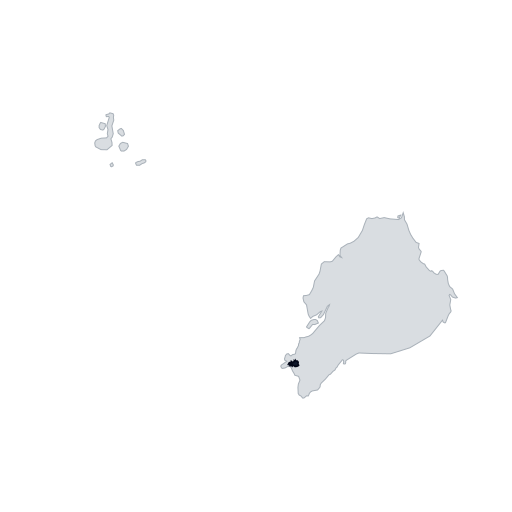 Celica, Loja, Ecuador shown in context, rotated 27°
{"feature_id": "8360857B35359374832073", "entity_name": "Celica", "entity_type": "district", "adm_level": 2, "iso_a3": "ECU", "parent_name": "Ecuador", "parent_adm1": "Loja", "projection": "equal_earth", "projection_center": [-80.041, -4.165], "detail": "fine", "context": "in_parent", "style": "filled", "palette": "ink", "viewbox_px": 512, "rotation_deg": 27, "n_neighbors": 0, "source": "geoboundaries", "source_scale": "gbopen_adm2", "svg_char_len": 5979}
<svg xmlns="http://www.w3.org/2000/svg" viewBox="0 0 512 512"><g transform="rotate(27 256 256)"><path d="M454.3,201.7L452.9,202.9L449.7,203.4L447.0,202.3L446.0,202.3L445.9,203.4L449.3,206.4L450.9,211.6L453.3,214.8L454.8,216.4L454.9,217.5L454.4,219.6L454.3,221.4L455.1,229.4L454.6,229.9L452.8,229.9L451.3,228.5L447.3,248.3L434.7,268.0L420.4,282.0L403.9,290.1L391.7,295.7L389.8,297.9L383.9,307.8L383.6,308.8L384.4,310.5L384.5,311.5L383.6,312.2L382.8,312.3L382.5,311.8L382.3,310.6L381.4,309.4L380.5,309.0L380.0,309.3L379.9,310.4L378.7,315.8L378.6,318.4L378.1,319.4L378.1,321.7L376.9,323.9L376.0,327.5L375.0,328.6L373.7,334.2L371.8,339.7L371.7,341.6L372.3,342.9L372.5,344.0L371.7,347.4L367.4,350.7L366.3,352.4L365.9,354.2L366.1,355.8L366.0,357.1L364.6,357.5L363.2,360.7L362.2,361.4L359.5,360.3L357.6,360.3L356.0,359.3L353.0,354.0L351.9,350.9L351.5,346.6L348.6,343.9L344.7,344.6L343.6,343.6L340.7,341.8L338.3,339.7L336.4,338.7L335.0,339.2L332.7,342.6L330.5,344.2L329.5,344.1L328.2,343.1L328.0,341.9L331.3,335.8L328.8,335.7L328.0,334.4L327.8,332.9L327.4,331.3L327.9,329.3L329.2,328.3L331.1,329.1L332.5,329.2L333.3,327.3L335.1,325.9L335.5,325.0L334.5,322.1L334.3,320.5L334.5,319.6L334.5,316.4L333.9,315.2L333.9,313.4L333.4,312.4L333.2,310.2L331.9,309.0L335.9,306.9L337.4,305.3L339.2,303.8L340.7,301.5L341.7,299.3L344.1,289.1L346.4,282.6L346.0,279.5L344.1,275.3L343.7,269.1L343.9,267.3L343.6,265.9L342.4,268.4L342.7,277.5L341.6,281.6L340.1,282.6L339.1,281.9L339.7,275.2L338.5,276.4L336.7,280.9L333.8,284.3L333.6,285.4L332.9,286.8L330.6,285.5L328.9,284.1L323.2,276.6L319.5,275.1L317.2,272.4L316.7,271.3L316.4,269.8L318.8,268.3L321.1,266.2L321.4,261.5L321.3,257.9L319.5,251.6L320.4,243.5L319.9,240.3L317.9,233.5L319.4,230.1L324.7,227.6L326.4,226.0L327.6,220.6L328.8,217.4L331.1,218.7L333.0,218.5L330.5,217.3L328.4,212.5L328.1,210.3L332.0,203.7L334.1,201.9L336.6,198.4L338.7,193.1L339.2,184.8L338.3,178.9L337.7,172.6L338.9,170.9L342.2,170.1L344.8,168.1L346.1,166.2L349.2,166.5L352.8,163.6L358.5,162.1L366.5,158.8L368.3,155.8L367.5,150.6L370.5,153.8L371.8,156.3L376.0,159.0L380.8,164.0L384.0,166.6L387.5,168.8L392.5,171.2L395.6,170.8L396.9,174.6L398.1,175.7L401.0,176.9L401.3,177.4L402.4,184.3L403.0,185.3L405.5,186.4L408.6,186.9L409.9,186.6L412.6,188.5L416.8,190.1L418.3,190.3L419.0,190.0L419.2,189.3L420.5,189.5L422.3,190.3L424.9,190.5L426.6,189.7L426.9,185.8L427.5,185.0L429.4,183.6L430.4,183.9L435.3,186.9L436.3,188.0L437.5,190.1L439.9,193.3L442.4,195.3L446.2,196.2L450.0,199.5L454.3,201.7ZM66.1,197.4L67.6,199.5L68.5,205.5L73.3,211.9L73.9,215.4L73.5,217.1L73.7,217.7L76.1,220.2L77.6,222.8L75.0,229.0L69.6,231.6L63.7,231.5L62.6,230.8L61.0,228.5L60.7,226.4L61.6,224.4L64.6,221.3L69.2,218.6L69.8,216.5L68.0,214.5L66.7,210.5L63.8,207.6L62.3,199.0L61.4,198.6L59.4,199.8L58.4,198.7L58.2,198.2L60.4,196.2L60.8,194.8L64.0,194.1L65.3,195.2L66.1,197.4ZM88.9,223.5L87.6,223.5L83.9,220.4L84.1,217.3L85.6,215.2L90.5,214.1L92.5,216.1L92.3,219.8L90.7,222.5L89.4,223.0L88.9,223.5ZM336.6,295.5L336.2,296.7L333.9,296.6L333.2,296.2L333.8,290.2L334.4,288.3L336.3,286.4L337.9,285.5L339.9,285.7L342.0,287.4L339.5,290.4L337.5,291.3L336.6,295.5ZM62.4,213.3L60.0,213.9L57.9,212.8L57.0,211.0L56.9,208.4L57.0,207.5L61.6,206.6L63.0,208.8L63.0,212.0L62.4,213.3ZM111.1,228.0L108.3,229.4L106.7,228.1L106.5,227.3L108.1,225.3L109.7,224.2L111.0,221.9L113.6,220.5L114.3,220.8L114.8,221.3L115.0,222.1L114.1,223.9L112.6,225.3L111.1,228.0ZM83.1,209.2L82.0,210.1L77.4,209.0L75.9,207.1L77.1,204.5L78.1,203.5L80.8,204.4L83.6,207.3L83.1,209.2ZM86.8,242.1L85.8,242.1L84.4,240.7L85.5,238.2L87.4,239.5L87.8,240.5L86.8,242.1ZM366.3,157.3L364.9,157.5L364.3,155.9L366.0,154.1L366.5,153.8L366.3,157.3Z" fill="#d9dde1" stroke="#a8b0b8" stroke-width="1"/><path d="M340.5,330.9L340.4,331.0L339.8,331.4L339.7,331.2L339.6,330.9L339.6,330.7L339.5,330.9L339.5,331.0L339.4,331.1L339.4,331.3L339.2,331.4L338.9,331.4L338.7,331.4L338.5,331.2L338.5,331.3L338.4,331.6L338.2,331.7L337.9,331.7L338.0,331.8L337.9,332.1L338.0,332.1L338.0,332.4L337.9,332.4L337.8,332.5L338.0,332.6L338.1,332.8L337.9,333.0L337.7,333.3L337.6,333.5L337.6,333.8L337.3,334.3L337.3,334.5L337.2,334.5L336.9,334.7L336.8,334.4L336.7,334.5L336.7,334.4L336.6,334.2L336.4,334.1L336.4,333.9L336.3,333.7L336.3,333.8L336.2,333.8L336.0,334.0L335.9,334.0L335.7,334.0L335.8,334.1L335.9,334.3L335.7,334.5L335.6,334.4L335.6,334.5L335.5,334.8L335.4,334.9L335.2,334.8L335.3,334.9L335.3,335.0L335.2,335.0L335.0,335.3L334.9,335.3L334.7,335.3L334.5,335.6L334.4,335.7L334.1,336.0L334.0,336.3L334.0,336.5L334.0,336.9L334.2,336.6L334.3,336.5L334.3,336.8L334.5,336.9L334.6,336.7L334.6,336.9L334.8,337.0L334.8,337.3L335.0,337.4L335.0,337.5L335.2,337.8L335.2,337.7L335.3,337.6L335.2,337.6L335.3,337.4L335.4,337.2L335.5,336.9L335.6,336.7L335.7,336.8L335.7,336.7L335.8,336.7L335.9,336.8L336.0,336.7L336.0,336.8L336.3,336.8L336.5,336.7L336.8,336.7L337.0,336.6L337.1,336.8L337.3,337.0L337.2,337.1L337.1,337.3L337.0,337.5L337.0,337.4L336.9,337.5L336.8,337.8L336.8,337.7L336.7,337.7L336.7,337.8L336.7,337.7L336.7,337.8L336.8,338.0L337.0,338.0L337.2,337.9L337.3,337.8L337.3,337.7L337.5,337.7L337.8,337.6L338.0,337.4L338.1,337.2L338.2,336.9L338.3,337.0L338.3,336.9L338.4,337.0L338.4,336.9L338.5,336.8L338.7,336.7L338.8,336.7L339.0,336.5L339.3,336.5L339.5,336.6L339.8,336.5L340.0,336.4L340.1,336.5L340.3,336.6L340.5,336.7L340.8,336.5L340.8,336.4L340.8,336.2L340.9,335.9L341.0,335.9L341.1,336.0L341.3,336.0L341.5,336.0L341.7,335.9L341.8,335.9L341.8,336.0L341.9,335.9L342.0,336.0L342.1,335.9L342.3,335.9L342.5,335.8L342.6,335.7L342.8,335.4L342.9,335.2L343.0,335.1L343.1,334.9L343.2,334.7L343.1,334.4L343.1,334.1L343.3,334.0L343.5,334.2L343.6,333.9L343.4,333.8L343.2,333.8L343.1,333.7L342.9,333.6L342.7,333.5L342.7,333.4L342.6,333.2L342.4,333.0L342.3,332.9L342.2,332.8L342.2,332.7L342.1,332.4L342.1,332.1L342.0,331.9L341.9,331.7L341.8,331.4L341.7,331.4L341.4,331.5L341.2,331.5L341.0,331.4L340.9,331.4L340.8,331.1L340.8,330.9L340.6,330.8L340.5,330.9Z" fill="#0f172a" stroke="#020617" stroke-width="1.5"/></g></svg>